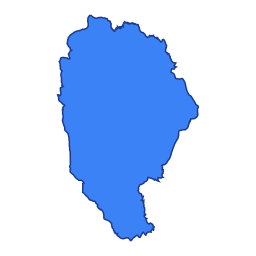 Enrekang, Sulawesi Selatan, Indonesia (Robinson projection)
{"feature_id": "22746128B73854324401708", "entity_name": "Enrekang", "entity_type": "district", "adm_level": 2, "iso_a3": "IDN", "parent_name": "Indonesia", "parent_adm1": "Sulawesi Selatan", "projection": "robinson", "projection_center": [119.876, -3.532], "detail": "fine", "context": "isolated", "style": "filled", "palette": "blue", "viewbox_px": 256, "rotation_deg": 0, "n_neighbors": 0, "source": "geoboundaries", "source_scale": "gbopen_adm2", "svg_char_len": 5715}
<svg xmlns="http://www.w3.org/2000/svg" viewBox="0 0 256 256"><path d="M176.2,66.9L174.6,66.5L174.1,65.9L175.8,63.0L173.2,62.6L171.5,61.0L171.2,59.4L170.3,58.4L170.2,57.7L170.3,56.8L169.7,56.0L169.2,54.3L168.8,53.7L168.1,53.6L167.8,53.3L167.6,53.6L167.4,52.9L166.7,52.8L166.2,52.1L165.4,51.6L165.6,49.8L165.9,49.1L165.7,48.3L165.9,47.7L166.3,47.6L166.6,45.5L166.0,44.5L164.4,40.3L163.3,39.4L162.5,39.6L162.1,41.0L160.9,42.0L160.6,41.9L159.6,40.2L159.0,39.7L158.2,39.4L157.8,38.6L158.0,38.3L157.8,37.9L157.3,37.9L157.1,37.5L156.8,37.6L156.8,38.0L156.4,37.6L156.1,37.8L155.4,37.6L155.0,37.7L153.2,35.3L152.5,36.1L151.6,35.7L151.3,36.0L150.8,35.7L150.4,36.0L149.5,35.5L148.7,37.1L148.1,37.1L147.8,37.4L147.4,37.2L145.9,36.3L145.2,34.7L143.2,32.6L141.5,32.4L140.4,31.1L139.5,29.8L139.3,27.6L138.5,26.3L138.1,24.7L137.4,24.9L136.8,24.4L135.8,24.4L135.4,23.9L134.4,24.2L134.3,23.7L133.8,23.9L132.9,22.9L132.2,23.5L132.0,23.1L131.7,23.0L130.7,23.3L130.5,23.6L129.8,23.5L129.2,23.9L129.2,23.4L128.8,23.0L128.4,22.9L128.0,23.2L127.7,22.5L127.4,22.6L127.3,23.2L126.5,22.7L126.0,22.8L125.8,22.2L124.8,22.4L124.5,21.9L124.2,22.4L123.6,22.9L123.8,23.5L122.9,24.7L122.9,25.3L122.6,25.7L123.2,26.1L123.5,26.8L123.1,26.9L122.6,26.5L120.8,26.7L121.2,27.7L120.6,28.6L120.1,28.3L119.8,27.4L119.3,28.1L118.6,27.5L118.5,27.1L117.8,27.1L117.5,26.7L117.5,27.4L117.8,27.7L118.2,27.5L118.0,27.9L117.5,28.2L117.2,27.6L117.0,27.9L117.1,28.6L116.7,28.7L116.7,28.0L116.3,27.9L115.9,28.4L116.0,29.7L115.3,29.9L114.8,31.1L113.8,31.0L113.8,30.3L113.4,30.3L113.5,30.0L112.6,29.4L112.0,28.4L111.7,28.5L111.0,27.2L111.1,23.6L110.4,22.8L110.4,21.5L109.9,21.1L107.8,20.5L107.4,19.0L107.1,18.7L106.3,18.5L105.8,18.7L104.9,17.9L103.5,18.0L101.3,17.3L100.1,17.6L99.1,17.4L96.7,18.2L95.2,18.1L92.3,16.7L91.1,15.4L90.7,15.4L90.0,15.4L89.3,15.9L88.7,16.5L88.0,17.9L87.7,21.2L88.2,23.2L88.2,25.9L87.6,27.1L86.4,28.6L85.1,28.8L83.9,29.4L82.6,29.2L81.9,29.4L80.5,30.4L79.8,30.4L78.9,30.8L78.1,30.8L75.2,31.7L70.3,35.1L68.2,37.9L68.3,38.7L67.7,39.7L67.5,41.8L67.1,43.7L67.8,44.2L67.9,45.1L68.6,46.4L70.1,48.0L70.6,50.7L72.5,50.0L70.5,50.8L68.4,54.1L69.0,55.8L69.2,57.0L69.8,57.9L69.8,58.7L68.3,59.0L66.9,57.9L64.2,57.7L63.8,57.4L61.5,57.7L60.9,57.9L60.0,60.7L59.2,61.7L60.2,63.7L60.1,65.2L60.2,66.2L60.5,66.8L60.3,68.4L60.5,69.3L62.1,71.1L61.4,72.1L60.8,75.0L61.6,78.4L61.4,80.1L61.5,82.1L62.1,83.6L61.9,85.6L62.2,86.3L62.8,86.1L63.2,86.3L62.1,87.4L60.7,87.6L60.3,88.3L60.5,91.2L60.9,93.3L60.8,94.4L60.4,95.6L59.8,95.6L59.1,95.0L58.0,94.7L57.6,94.8L58.6,97.3L58.7,99.6L59.1,100.7L60.6,101.8L63.1,104.3L64.0,104.6L64.6,105.4L64.2,106.0L63.3,106.4L63.3,107.1L62.6,108.1L63.1,109.1L62.8,109.9L62.4,110.1L62.7,110.4L62.6,113.7L63.1,115.4L63.2,117.0L62.4,120.2L63.4,124.0L64.9,128.0L64.6,129.4L65.2,130.6L68.0,133.4L68.9,137.2L69.1,139.2L69.0,140.2L69.4,140.9L69.3,144.6L69.7,148.9L69.6,149.8L70.2,151.5L70.4,164.6L69.6,166.7L70.3,168.1L70.4,169.2L70.1,169.6L70.2,172.0L72.3,173.9L73.6,174.9L74.7,176.6L76.1,178.1L78.8,180.3L79.9,180.4L80.6,180.2L81.6,180.5L82.2,180.7L83.2,181.8L83.5,182.7L83.9,183.1L82.8,183.6L82.7,192.4L83.9,193.2L86.6,196.3L87.6,197.0L89.4,199.6L90.5,200.2L92.0,200.4L92.8,201.1L94.9,201.4L95.4,201.8L95.7,202.9L97.7,204.9L97.3,206.3L98.5,208.3L99.4,208.9L99.9,208.8L100.2,209.3L100.6,209.4L100.5,209.8L100.9,210.0L101.6,209.9L102.8,211.4L103.4,212.8L103.9,215.7L103.8,217.6L104.3,219.0L109.3,221.0L110.8,222.8L111.5,223.2L111.7,225.9L112.2,226.5L112.0,227.2L113.5,229.3L113.6,230.5L114.6,231.7L114.5,232.5L115.2,232.5L115.4,233.6L117.3,233.5L116.9,234.3L117.4,234.8L117.2,235.5L118.4,236.2L120.0,237.6L121.4,238.3L123.0,238.8L124.7,238.4L125.9,237.9L128.1,237.9L129.4,238.9L130.4,240.6L131.0,240.6L132.0,239.6L133.3,237.7L134.4,237.3L136.5,235.4L137.3,235.3L139.2,237.4L140.0,237.3L143.0,232.3L143.5,232.3L144.9,234.4L145.6,235.1L145.9,235.1L146.5,233.5L147.8,232.3L148.9,231.9L151.1,232.1L150.8,231.3L151.7,230.3L152.2,229.3L152.9,229.6L153.5,230.1L153.6,229.9L153.8,229.3L153.5,228.9L153.4,227.8L154.0,227.4L154.2,227.0L153.9,226.6L153.2,226.2L152.9,224.9L152.2,224.1L150.8,223.2L150.3,223.1L149.0,224.0L147.7,223.4L146.1,220.2L146.1,219.5L146.9,218.6L145.6,218.1L144.4,216.7L144.3,215.4L145.3,215.2L145.7,214.6L145.4,214.1L144.7,213.8L144.4,213.0L144.7,210.2L144.5,207.6L143.6,206.5L144.0,205.7L144.0,205.1L143.6,204.1L143.7,203.0L143.1,202.3L143.8,201.8L143.6,200.9L143.8,200.4L143.0,200.6L141.3,200.3L141.5,200.0L142.5,199.4L143.3,196.2L142.7,196.2L142.1,196.5L141.8,196.3L141.5,195.4L141.7,194.6L141.3,193.9L139.1,193.0L138.3,190.7L138.0,190.5L138.7,189.1L138.4,187.3L139.5,185.8L139.8,184.7L140.2,184.5L141.1,184.5L143.2,183.5L143.8,183.1L144.4,181.9L146.0,181.4L147.0,180.5L147.6,179.6L148.0,177.4L151.1,178.2L152.4,178.8L153.6,179.1L154.4,180.1L155.0,180.0L155.3,179.5L157.4,180.8L158.8,181.2L157.9,180.1L158.1,177.7L160.9,178.1L162.3,177.3L163.0,177.3L162.2,176.5L162.1,175.4L161.8,175.0L162.0,174.3L162.2,174.2L162.4,173.1L163.1,173.0L162.9,172.1L163.2,171.7L163.3,170.7L163.0,170.3L163.1,169.7L162.1,169.7L162.2,168.6L162.6,168.1L162.3,167.2L162.5,166.9L162.1,166.5L161.8,165.5L162.4,165.4L163.4,164.6L164.4,164.8L166.5,163.2L167.8,160.8L169.1,159.2L169.9,157.7L171.0,154.8L171.4,152.8L173.9,145.8L175.2,142.8L177.9,138.3L178.6,135.5L178.7,131.6L179.3,130.8L179.9,130.4L180.9,130.4L182.9,129.7L185.0,129.8L186.6,128.8L187.8,127.3L189.7,121.4L189.9,120.8L190.3,121.1L190.8,119.0L194.9,118.5L197.0,116.7L197.8,114.8L197.4,109.1L198.4,107.0L198.1,106.1L195.8,104.4L195.1,102.7L191.3,96.6L190.4,95.6L189.3,95.3L187.2,91.7L186.0,87.4L185.0,82.6L183.7,80.2L182.7,78.8L182.0,78.5L179.3,79.1L175.5,78.4L174.5,74.9L173.5,73.5L170.8,72.0L171.9,68.8L174.1,69.1L174.3,68.4L176.2,66.9Z" fill="#3b82f6" stroke="#1e3a8a" stroke-width="1.5"/></svg>